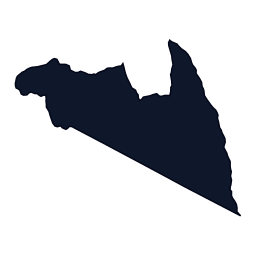 Água Doce do Maranhão, Maranhão, Brazil, rotated 270°
{"feature_id": "56859067B66472645750335", "entity_name": "Água Doce do Maranhão", "entity_type": "district", "adm_level": 2, "iso_a3": "BRA", "parent_name": "Brazil", "parent_adm1": "Maranhão", "projection": "orthographic", "projection_center": [-42.139, -2.924], "detail": "fine", "context": "isolated", "style": "filled", "palette": "ink", "viewbox_px": 256, "rotation_deg": 270, "n_neighbors": 0, "source": "geoboundaries", "source_scale": "gbopen_adm2", "svg_char_len": 2101}
<svg xmlns="http://www.w3.org/2000/svg" viewBox="0 0 256 256"><g transform="rotate(270 128 128)"><path d="M40.2,240.6L44.3,236.9L48.2,237.0L51.8,236.3L54.8,234.7L58.1,232.4L60.3,231.5L64.6,231.5L66.1,230.1L69.1,230.2L71.0,230.8L75.9,231.5L79.9,230.5L84.4,231.3L86.6,230.6L89.4,230.2L94.7,230.1L97.5,228.7L100.2,227.5L102.8,226.8L108.5,223.8L110.5,224.1L113.8,225.2L117.4,224.9L120.8,223.3L122.8,222.1L125.9,221.2L128.3,219.6L134.0,218.5L138.1,217.4L140.7,218.0L143.7,216.9L145.8,215.7L148.5,212.9L151.2,210.7L156.2,207.1L158.3,205.7L160.7,204.3L165.0,203.9L167.5,203.2L169.3,202.1L173.8,201.5L177.7,199.4L182.6,196.0L185.9,196.2L188.4,194.8L190.7,192.8L192.9,191.7L197.5,190.4L201.7,187.8L204.4,185.4L207.3,181.2L210.2,178.3L211.9,177.0L214.3,171.5L215.8,169.7L213.4,168.6L210.4,168.8L200.1,171.8L196.6,172.1L191.6,173.1L186.9,171.8L183.6,171.4L181.4,170.6L175.1,171.7L173.2,171.7L170.8,172.1L168.7,170.9L164.2,170.7L160.5,169.8L160.6,165.0L159.7,161.7L159.7,159.7L162.3,156.7L161.5,153.5L160.2,150.0L158.9,143.4L156.9,141.8L155.3,139.8L157.9,138.4L161.2,138.1L162.8,136.7L165.8,135.5L168.2,131.7L172.5,129.8L178.1,127.0L182.3,125.5L184.8,124.8L188.4,124.0L192.4,122.9L190.0,121.2L189.8,119.0L189.3,116.8L187.9,112.6L188.0,109.3L187.7,107.1L185.7,104.6L184.1,100.1L183.2,98.2L181.4,95.8L182.0,93.9L181.3,92.1L181.6,88.2L183.2,85.0L184.7,80.5L183.5,77.9L183.5,75.1L185.9,70.3L190.1,69.2L191.6,65.8L191.7,59.5L196.7,56.9L197.4,54.5L196.7,52.6L194.5,49.9L191.4,46.4L189.2,37.4L188.7,32.1L188.0,29.8L186.6,26.9L184.7,24.6L183.9,22.5L179.9,17.5L177.9,16.5L172.6,15.4L170.0,15.5L168.0,16.2L167.2,18.0L165.9,19.8L162.0,21.3L160.9,23.4L161.1,26.9L163.0,28.7L164.0,31.1L162.5,34.6L162.4,37.2L160.8,39.1L159.7,41.0L160.8,43.4L160.8,45.8L157.4,46.2L155.2,46.0L151.8,46.4L148.9,46.4L146.5,47.9L144.4,49.1L140.7,50.1L136.9,51.4L132.9,52.8L130.0,55.0L129.3,57.3L130.2,60.8L128.4,62.1L127.4,64.1L126.7,66.0L127.8,67.7L129.5,69.1L129.5,71.8L127.9,74.7L115.8,97.7L106.3,115.6L100.5,126.5L98.8,129.7L95.0,136.8L81.9,161.3L74.5,175.0L68.9,185.4L40.2,240.6Z" fill="#0f172a" stroke="#020617" stroke-width="1.5"/></g></svg>